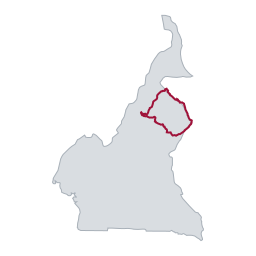 Mayo-Rey, Nord, Cameroon (highlighted)
{"feature_id": "32672807B45774164265008", "entity_name": "Mayo-Rey", "entity_type": "district", "adm_level": 2, "iso_a3": "CMR", "parent_name": "Cameroon", "parent_adm1": "Nord", "projection": "orthographic", "projection_center": [14.714, 8.186], "detail": "fine", "context": "in_parent", "style": "outline", "palette": "rose", "viewbox_px": 256, "rotation_deg": 0, "n_neighbors": 0, "source": "geoboundaries", "source_scale": "gbopen_adm2", "svg_char_len": 7326}
<svg xmlns="http://www.w3.org/2000/svg" viewBox="0 0 256 256"><path d="M53.1,179.0L53.7,177.5L58.0,170.4L60.7,158.9L62.0,156.2L63.2,154.4L69.4,148.3L71.7,146.4L75.1,144.2L77.5,139.7L78.3,139.3L79.3,138.9L84.6,135.1L85.1,135.9L85.4,136.8L85.8,137.2L87.5,137.5L89.9,137.5L91.2,137.3L92.0,136.5L92.7,134.4L93.2,134.0L93.7,133.9L96.3,135.4L100.5,139.7L101.5,140.4L102.0,141.2L102.9,145.0L103.4,146.0L104.3,146.4L106.0,146.2L107.7,145.5L109.2,144.5L110.7,143.3L111.7,142.2L112.2,141.3L112.4,138.2L112.8,137.5L118.3,133.1L118.2,132.6L117.3,131.4L116.5,130.0L117.3,128.5L118.2,127.4L121.4,123.7L121.6,121.0L124.2,116.8L125.7,111.1L125.8,110.0L129.1,103.9L132.6,103.3L134.0,102.5L135.5,100.9L136.6,99.5L137.0,98.1L137.4,95.5L138.0,92.5L138.4,89.9L139.5,87.5L141.3,86.3L144.3,85.2L144.8,84.8L145.2,83.2L145.7,77.8L146.2,75.4L149.0,72.8L150.3,68.6L151.4,64.2L154.6,58.9L158.4,53.6L160.1,52.2L161.6,51.6L163.3,51.5L164.4,51.1L168.4,48.5L170.1,47.6L171.3,46.7L171.6,45.9L171.8,44.7L171.4,42.0L172.1,40.0L172.5,36.9L172.7,34.5L172.5,33.7L171.8,32.3L170.6,30.8L168.6,29.9L165.8,29.6L164.3,29.1L163.8,26.3L163.6,24.6L161.8,15.4L165.3,15.4L169.5,16.5L170.5,17.3L171.1,20.5L172.6,22.2L175.2,23.7L176.9,26.7L177.6,31.3L179.0,34.1L179.4,34.5L181.4,39.7L181.6,42.1L181.4,43.7L182.2,45.7L181.0,49.1L180.6,51.2L180.5,54.2L181.2,59.4L182.5,63.4L183.8,66.6L185.3,69.1L187.7,71.9L190.3,74.4L192.7,76.0L190.5,77.0L186.1,77.1L183.7,76.6L182.5,76.5L181.3,76.9L176.7,77.4L172.1,77.1L167.8,76.5L165.2,76.6L163.1,78.1L161.5,80.5L160.0,82.3L160.5,84.3L161.6,85.5L163.9,87.9L165.9,90.3L166.9,92.0L170.9,95.5L174.7,98.6L176.5,99.7L177.2,100.0L179.3,101.8L182.2,104.7L184.9,109.4L188.6,118.7L189.4,119.5L190.7,120.0L190.9,121.0L190.8,122.4L190.4,123.6L187.4,128.5L184.8,130.4L184.0,131.5L183.0,134.3L180.6,139.8L179.6,140.6L177.2,144.4L175.3,149.1L174.8,149.8L174.0,150.4L171.3,151.6L170.4,152.2L169.0,153.6L168.8,154.6L169.4,155.9L170.2,157.0L171.6,157.0L172.4,158.0L172.4,165.3L171.8,166.4L171.8,166.9L171.5,168.2L171.4,169.6L171.6,170.2L172.1,170.6L172.9,171.6L173.3,173.8L174.2,181.7L174.7,183.0L175.4,183.9L177.9,185.6L180.4,187.8L181.2,189.3L181.7,191.6L182.7,193.5L182.7,194.2L182.3,194.4L180.7,194.6L181.2,195.9L182.5,198.3L189.0,205.6L195.3,212.1L196.8,212.6L197.9,212.7L198.3,213.1L198.9,214.0L201.0,216.4L201.4,217.7L200.9,219.0L201.4,221.1L201.8,221.8L201.6,222.5L201.9,224.9L202.5,227.1L203.4,228.9L203.3,230.2L202.1,231.0L201.4,232.2L201.1,233.8L201.5,235.9L202.4,238.3L202.5,239.7L201.0,240.6L199.3,239.0L197.4,237.9L194.7,236.0L191.9,235.3L188.2,235.2L186.7,235.4L184.0,233.8L183.2,233.6L182.0,234.3L181.1,234.3L180.1,234.0L178.1,234.1L177.9,232.9L177.5,232.7L175.3,232.8L174.6,231.9L174.3,232.0L173.4,231.7L171.7,230.4L169.8,231.3L165.9,231.2L146.2,231.1L145.8,229.8L144.8,229.2L143.0,229.1L137.8,229.4L133.8,229.2L131.1,228.7L127.8,228.4L123.7,228.6L119.5,228.5L112.0,228.1L107.8,228.1L107.9,228.9L107.6,229.4L107.4,230.7L80.8,230.5L78.6,229.5L78.0,229.0L77.8,227.9L77.3,227.7L77.7,223.1L78.6,219.3L79.0,215.7L80.2,212.5L79.6,209.3L78.8,207.9L74.8,203.4L76.7,201.7L74.3,201.9L73.8,200.2L72.6,198.2L73.3,197.9L74.0,196.8L76.2,197.2L76.1,196.6L74.3,194.9L74.5,194.1L75.2,193.2L74.9,192.8L73.5,193.7L72.5,193.7L71.8,193.0L71.2,192.9L71.5,194.2L70.8,195.3L70.0,195.7L68.8,195.7L67.8,195.3L67.5,194.7L66.6,194.2L63.9,193.3L61.7,192.3L61.3,189.5L60.4,188.3L60.0,187.0L59.8,185.5L60.2,183.1L59.6,182.7L59.0,182.6L58.0,182.7L57.1,182.6L56.0,181.3L55.1,180.7L55.7,183.1L55.0,183.8L53.4,183.6L52.7,182.7L52.6,182.0L53.4,179.1L53.1,179.0Z" fill="#d9dde1" stroke="#a8b0b8" stroke-width="1"/><path d="M184.2,131.1L184.3,131.0L184.3,130.9L184.5,130.7L184.8,130.3L184.8,130.2L185.1,130.1L185.2,129.9L185.3,129.9L185.5,129.7L185.8,129.4L186.1,129.2L186.4,128.9L186.5,128.9L186.8,128.6L187.0,128.5L187.2,128.2L187.4,128.1L187.7,127.9L187.8,127.8L188.0,127.7L188.3,127.4L188.4,127.1L188.6,127.0L188.7,126.9L188.7,126.7L188.8,126.6L189.0,126.6L189.1,126.2L189.3,125.9L189.4,125.7L189.6,125.6L189.7,125.4L189.8,125.2L190.1,125.0L190.2,124.8L190.3,124.7L190.6,124.5L190.6,124.4L190.9,124.2L191.1,124.0L191.1,123.9L191.1,123.7L191.4,123.2L191.5,122.9L191.5,122.7L191.4,122.6L191.5,122.4L191.6,122.2L191.7,121.9L191.6,121.4L191.6,121.1L191.5,120.8L191.5,120.7L191.7,120.4L191.5,120.2L191.3,120.2L190.6,120.0L190.2,119.9L189.8,119.7L189.8,119.4L189.6,119.2L189.2,118.6L189.0,118.3L188.8,117.9L188.3,116.2L188.2,116.0L188.2,115.9L187.8,115.5L187.7,115.2L187.6,114.7L187.7,114.1L187.5,113.6L187.4,113.3L187.3,113.1L187.0,112.5L186.9,112.4L186.3,111.2L186.2,110.9L186.1,110.7L185.9,110.4L185.8,110.2L185.6,109.9L185.5,109.7L185.2,108.3L185.2,108.0L185.1,107.6L185.0,107.4L184.9,107.0L184.9,106.8L184.8,106.6L184.7,106.5L184.7,106.2L184.6,105.9L184.5,105.5L184.4,105.4L184.4,105.2L184.2,105.0L184.2,104.8L184.2,104.6L184.1,104.4L184.0,104.1L184.0,103.9L184.0,103.7L183.6,103.6L183.3,103.2L183.0,103.0L182.8,102.9L182.4,102.7L182.2,102.6L182.0,102.4L181.8,102.5L181.6,102.5L181.3,102.5L181.1,102.5L180.8,102.5L180.6,102.5L180.1,102.3L179.9,102.3L179.7,102.4L179.6,102.2L179.7,101.8L179.7,101.6L179.5,101.3L179.4,101.3L179.1,101.1L178.8,101.0L178.6,101.0L178.2,100.8L178.3,100.7L178.5,100.6L178.3,100.4L178.2,100.3L178.1,100.2L178.0,99.8L177.9,99.8L177.8,99.7L177.7,99.7L177.6,99.8L177.5,99.6L177.3,99.8L177.2,99.7L177.2,99.8L176.7,99.9L176.2,99.7L175.8,99.7L175.5,99.7L175.4,99.7L175.1,99.5L174.8,99.1L174.6,99.0L174.4,98.7L174.0,98.4L173.7,98.2L173.3,97.7L173.2,97.5L173.1,97.4L172.8,97.2L172.6,97.0L172.5,96.9L171.9,96.3L171.7,96.1L171.3,95.8L171.1,95.6L170.9,95.5L170.7,95.4L170.4,95.4L170.2,95.2L169.8,94.6L170.0,94.3L170.0,94.2L169.9,94.0L169.7,93.8L169.4,93.7L169.2,93.6L169.0,93.2L168.9,93.1L168.6,92.8L168.5,92.7L168.4,92.7L168.0,92.3L167.8,92.1L167.7,91.9L167.8,91.6L168.0,91.1L168.0,90.9L168.1,90.7L167.9,90.3L167.7,90.1L167.3,89.9L167.1,89.7L166.9,89.3L166.9,89.2L166.6,88.7L166.3,88.8L165.8,89.0L165.2,89.3L164.9,90.0L165.1,90.4L164.7,90.9L163.8,90.8L163.1,91.0L162.8,91.0L162.6,90.9L162.3,91.0L161.9,91.4L161.3,91.4L160.8,91.6L160.7,91.7L160.2,92.3L158.7,93.6L157.3,95.2L157.1,96.0L157.2,97.6L156.8,98.9L155.5,100.0L155.2,100.2L154.1,100.9L154.0,101.0L153.3,101.6L152.8,103.9L152.4,105.3L151.9,106.8L150.4,107.8L149.8,108.0L149.7,108.8L149.2,109.4L148.6,110.6L148.1,112.6L147.7,113.2L147.5,113.8L146.6,114.3L145.7,114.2L145.1,113.7L144.5,114.0L143.2,113.9L142.4,113.5L142.1,113.5L141.5,112.6L141.3,112.3L141.0,112.5L141.1,113.2L141.5,113.9L141.7,114.5L142.1,115.2L142.9,115.4L144.0,116.1L144.6,116.0L145.2,116.3L145.9,116.3L146.3,116.3L146.5,116.3L147.2,116.2L147.7,116.8L148.1,117.0L149.6,117.6L150.4,117.5L150.7,117.5L152.5,117.6L153.4,117.4L154.0,116.9L154.4,116.8L155.0,117.1L155.4,117.6L155.3,118.6L154.9,119.8L155.1,120.5L155.1,120.8L154.9,121.5L155.2,121.7L155.3,121.8L155.8,121.8L155.9,122.4L156.3,122.6L157.2,123.0L158.0,123.5L158.8,123.8L160.0,124.2L160.6,124.6L162.1,124.6L162.7,124.3L163.1,124.7L163.3,125.9L163.9,126.4L164.5,126.6L164.4,127.2L164.9,127.5L165.7,128.9L166.5,129.2L166.8,129.6L167.0,130.5L167.0,131.4L166.9,131.6L166.8,132.3L168.4,132.5L169.5,132.5L170.6,132.4L171.2,133.6L171.5,134.1L171.8,134.6L172.1,134.9L172.3,135.1L172.7,135.5L174.6,135.1L175.6,135.5L175.6,135.4L177.3,135.1L178.7,134.1L180.0,134.1L182.2,132.6L182.5,132.4L183.2,131.9L183.7,131.5L184.2,131.2L184.2,131.1Z" fill="none" stroke="#9f1239" stroke-width="2"/></svg>